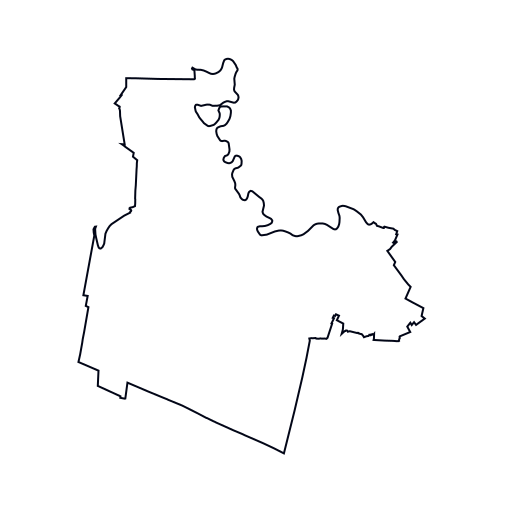 El Higo, Veracruz, Mexico, rotated 107°
{"feature_id": "50627088B45617363744287", "entity_name": "El Higo", "entity_type": "district", "adm_level": 2, "iso_a3": "MEX", "parent_name": "Mexico", "parent_adm1": "Veracruz", "projection": "orthographic", "projection_center": [-98.455, 21.767], "detail": "fine", "context": "isolated", "style": "outline", "palette": "ink", "viewbox_px": 512, "rotation_deg": 107, "n_neighbors": 0, "source": "geoboundaries", "source_scale": "gbopen_adm2", "svg_char_len": 6091}
<svg xmlns="http://www.w3.org/2000/svg" viewBox="0 0 512 512"><g transform="rotate(107 256 256)"><path d="M94.5,371.8L95.5,372.0L96.0,371.5L96.2,371.3L96.2,369.3L101.4,367.3L103.5,366.6L104.1,366.3L104.5,366.3L105.1,366.9L115.2,401.0L121.1,422.6L123.9,432.1L132.4,429.5L141.3,432.3L141.2,432.1L141.4,431.5L144.3,432.6L151.4,435.7L152.4,432.4L152.8,431.4L152.9,430.3L153.2,429.9L154.9,430.0L155.5,429.3L157.0,428.5L162.0,426.8L187.7,414.2L188.3,417.0L189.0,414.8L189.7,413.2L193.1,403.1L197.0,402.7L199.1,397.6L202.0,397.1L205.2,396.2L207.9,395.6L223.6,391.6L228.7,390.5L236.4,388.4L236.9,388.1L241.0,386.9L243.7,386.3L245.4,388.3L246.6,390.5L247.2,390.9L248.1,390.7L248.4,389.2L249.0,388.6L249.4,388.6L249.9,388.7L250.4,389.1L251.3,389.4L251.5,389.2L255.9,393.8L267.8,403.5L270.1,404.7L272.7,405.5L275.8,406.2L278.7,406.5L288.5,404.8L290.3,405.0L292.4,405.4L294.2,406.6L294.4,407.2L294.4,408.0L293.9,408.9L291.9,410.4L285.5,414.1L282.4,415.8L277.6,417.6L276.7,417.8L274.7,417.7L275.1,418.6L276.8,419.0L278.0,419.2L281.1,418.0L283.7,416.6L344.0,409.6L343.4,405.3L353.5,404.2L353.9,401.3L379.3,398.1L386.1,397.4L389.9,396.8L401.5,395.4L409.3,394.8L411.7,373.1L426.5,369.3L429.8,344.6L431.3,344.3L430.8,339.8L430.5,339.3L414.7,341.9L417.1,319.6L418.6,303.7L419.0,298.9L419.2,298.0L420.6,282.9L423.3,267.0L425.4,256.0L425.3,255.6L426.5,248.3L426.6,247.0L426.9,245.6L429.3,226.6L430.3,216.7L430.7,214.3L433.0,194.1L434.7,182.3L436.6,171.6L392.9,173.9L358.7,176.2L338.9,177.9L321.2,179.8L319.3,180.9L318.3,178.9L318.1,177.8L317.0,175.0L317.4,174.3L316.7,171.6L316.0,170.4L315.8,169.0L314.9,166.3L314.6,164.4L314.0,164.2L313.9,164.0L313.4,163.7L298.5,163.4L298.4,164.1L292.7,163.2L292.7,164.5L290.1,164.1L290.1,162.8L288.4,162.5L288.8,159.2L293.8,159.9L295.1,152.8L300.1,151.6L301.5,151.4L305.4,151.3L302.8,149.8L301.7,149.0L301.6,148.6L300.9,148.2L300.7,147.1L301.2,146.2L301.5,146.0L300.5,144.3L300.1,136.7L299.7,136.3L299.6,135.8L299.7,135.3L300.0,135.1L300.0,133.4L299.8,132.1L301.0,130.2L302.1,129.0L300.4,126.8L299.6,125.1L299.0,124.7L298.2,124.6L297.9,123.5L298.2,123.1L297.9,122.8L297.7,122.9L297.3,122.8L297.4,122.4L297.2,122.2L297.1,121.4L296.8,120.8L296.6,120.9L296.6,120.6L295.9,120.3L300.4,119.1L301.9,119.0L299.2,107.9L297.1,100.2L296.3,96.5L295.7,94.6L295.4,94.4L295.2,94.6L293.2,94.7L292.5,94.5L291.3,95.1L290.8,95.0L283.6,86.3L279.3,90.7L274.7,88.9L276.5,86.9L273.1,85.5L275.1,82.8L266.5,76.3L265.0,80.1L256.9,80.7L254.6,92.8L253.0,100.6L240.3,99.1L238.7,102.1L234.9,107.8L232.3,111.0L224.5,121.5L221.0,121.1L212.7,131.9L210.1,129.8L207.5,128.9L201.5,125.5L201.2,125.8L203.5,127.2L203.1,128.8L200.5,127.7L194.1,127.0L194.2,128.3L190.9,128.2L190.5,130.9L189.7,132.6L190.3,137.7L190.4,141.8L190.6,142.0L191.8,141.9L192.0,142.4L191.7,147.5L191.8,149.1L190.2,150.6L189.9,151.4L190.0,151.7L189.3,153.5L191.5,154.9L192.3,155.8L192.9,156.8L193.0,157.5L192.9,158.3L192.4,159.3L191.5,160.7L187.7,164.9L185.7,167.8L183.8,172.7L182.9,175.6L182.7,176.8L182.2,184.7L182.4,186.7L182.7,187.9L183.2,188.8L184.4,190.5L185.0,191.1L185.4,191.3L186.3,191.6L187.0,191.6L188.2,191.3L190.7,189.8L193.3,187.9L195.2,187.1L199.2,186.1L201.3,185.8L203.9,185.9L206.0,186.6L207.2,187.5L207.6,188.8L207.5,190.1L205.5,197.2L205.2,199.5L205.4,201.8L206.5,205.4L207.3,207.1L208.3,208.5L209.8,209.9L216.8,213.6L221.3,216.9L222.9,218.7L224.9,222.0L225.4,223.5L225.5,225.0L225.4,227.1L224.5,229.6L224.1,232.1L223.9,235.2L223.9,237.7L224.3,239.7L225.0,241.6L227.0,245.1L232.4,251.9L234.6,256.7L234.6,257.7L234.4,258.4L232.1,261.3L231.0,262.3L229.8,263.0L228.2,263.1L227.6,262.8L226.5,261.1L225.6,258.4L224.6,256.1L223.1,253.8L222.0,252.6L221.0,251.6L219.7,250.7L218.5,250.6L217.6,250.7L217.2,250.9L216.1,252.4L215.8,253.7L215.2,257.6L214.4,259.9L213.7,261.3L212.9,262.0L211.8,262.7L205.4,263.1L203.0,264.1L201.2,265.2L200.3,266.2L199.5,267.6L198.6,270.2L195.4,277.9L195.2,278.5L195.2,279.3L195.3,280.2L196.0,280.8L196.7,281.3L198.2,281.6L201.6,281.3L203.3,281.4L204.7,281.8L205.3,282.2L205.9,282.9L206.0,283.4L206.1,284.9L205.8,286.0L204.6,288.0L202.7,289.4L201.6,290.4L197.7,295.6L196.9,296.0L194.2,296.5L192.5,297.2L190.8,298.5L187.3,301.8L184.9,302.8L183.5,302.9L180.4,302.6L179.2,302.2L178.2,301.3L177.0,299.3L176.5,298.7L174.1,297.0L173.3,296.7L172.1,296.8L169.3,297.5L167.6,298.5L166.3,299.9L165.8,300.8L165.6,302.0L165.6,303.1L165.6,303.7L165.9,304.3L166.2,304.9L167.0,305.4L172.1,306.0L173.5,306.7L174.0,307.2L174.9,308.3L175.2,309.0L175.4,310.3L175.3,312.0L175.2,313.0L174.8,314.2L173.9,315.1L173.3,315.4L171.5,315.5L169.5,314.9L168.3,313.2L167.0,312.3L165.7,312.1L163.8,312.0L161.8,312.5L156.2,315.1L155.4,315.9L154.9,317.6L154.8,318.7L155.0,320.0L156.0,321.9L156.1,322.5L156.1,323.6L155.8,324.2L152.6,328.0L150.8,329.3L148.4,330.5L146.8,330.8L145.9,330.8L145.1,330.6L144.5,330.3L142.7,328.3L142.1,327.4L141.0,325.1L139.9,323.9L138.0,322.8L136.1,322.2L133.5,321.6L132.4,321.4L129.6,321.4L126.4,321.9L124.3,322.5L122.7,323.8L122.3,324.3L121.8,325.3L121.4,327.4L122.5,331.1L123.5,333.6L124.1,334.0L125.4,334.4L127.8,334.5L130.1,332.5L131.3,332.0L132.9,331.6L134.5,331.4L136.6,331.6L140.0,333.0L141.9,334.0L143.0,334.8L145.1,337.9L145.6,339.0L145.7,339.9L145.6,340.4L144.2,344.6L143.0,346.3L141.2,349.1L140.0,350.8L137.4,353.4L135.7,355.5L135.0,356.1L131.7,357.9L131.0,358.0L130.0,358.0L129.1,357.7L128.8,357.4L128.4,356.1L128.5,352.4L125.8,347.7L125.4,346.7L124.8,344.4L125.1,341.5L123.6,337.0L122.4,334.6L118.9,332.1L117.7,330.8L116.5,329.2L116.1,327.9L115.9,322.1L115.3,320.7L114.0,319.8L112.1,319.0L111.5,318.9L109.6,319.0L109.0,319.3L108.3,319.6L107.2,320.5L105.0,324.3L104.5,324.9L103.9,325.3L103.2,325.7L101.4,326.1L98.4,326.4L92.8,328.6L90.9,328.8L87.5,328.8L85.9,328.6L84.2,328.1L83.5,328.0L82.5,328.3L82.1,328.6L81.5,329.4L79.3,331.2L76.4,334.8L75.8,336.1L75.4,337.8L75.4,339.6L75.6,340.5L75.9,341.3L76.4,342.1L77.5,343.3L78.2,343.6L81.0,343.8L85.4,343.6L86.7,343.7L88.9,344.3L90.7,345.4L91.3,345.9L93.1,347.8L93.7,348.7L94.3,349.8L94.7,351.0L94.9,352.5L94.7,354.3L94.2,357.3L93.9,360.3L94.1,363.4L95.0,366.4L95.2,367.9L95.2,368.8L94.5,371.8Z" fill="none" stroke="#020617" stroke-width="2"/></g></svg>